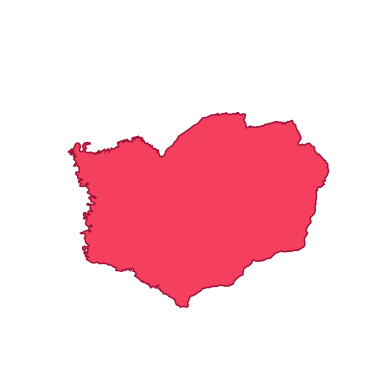 outline of Mae Sai, Chiang Rai, Thailand, rotated 219°
{"feature_id": "78962969B11376495373152", "entity_name": "Mae Sai", "entity_type": "district", "adm_level": 2, "iso_a3": "THA", "parent_name": "Thailand", "parent_adm1": "Chiang Rai", "projection": "mercator", "projection_center": [99.929, 20.361], "detail": "fine", "context": "isolated", "style": "filled", "palette": "rose", "viewbox_px": 384, "rotation_deg": 219, "n_neighbors": 0, "source": "geoboundaries", "source_scale": "gbopen_adm2", "svg_char_len": 6013}
<svg xmlns="http://www.w3.org/2000/svg" viewBox="0 0 384 384"><g transform="rotate(219 192 192)"><path d="M312.4,149.9L313.3,145.4L312.5,145.4L311.4,146.4L310.6,148.5L309.1,148.8L308.8,147.7L310.7,146.1L310.4,144.7L309.2,144.9L307.7,147.7L305.6,147.0L305.5,146.3L306.8,145.6L306.5,145.0L304.7,145.7L304.9,143.8L304.4,143.1L300.8,142.7L300.2,137.9L299.1,138.7L299.3,140.9L297.0,140.0L295.0,140.4L294.4,138.9L292.0,136.9L294.3,134.9L294.4,133.9L293.7,132.9L292.8,132.5L291.2,133.1L290.0,131.2L289.1,130.8L287.7,131.1L286.2,132.7L285.1,132.9L284.9,132.1L287.0,130.0L287.1,129.1L286.2,128.3L283.9,128.9L283.1,126.2L281.9,126.5L279.2,128.7L278.9,129.9L279.4,132.2L278.2,133.4L277.4,133.0L278.3,131.8L278.2,130.1L276.6,129.5L273.8,129.6L273.0,128.2L273.2,126.0L272.3,125.5L269.8,126.3L267.8,126.0L264.1,127.5L263.0,127.3L263.0,126.4L267.1,125.1L268.1,124.4L268.5,123.2L268.1,122.2L266.1,122.4L264.6,121.2L260.7,122.0L259.9,121.6L260.6,120.0L262.6,119.2L264.0,117.8L265.4,117.8L266.1,116.9L265.7,116.2L265.1,116.1L262.3,117.8L260.9,115.0L257.8,114.5L257.2,113.9L259.8,113.0L260.5,111.7L259.6,110.2L257.5,110.1L257.1,109.5L260.4,108.5L261.4,109.0L262.4,108.5L262.8,107.7L262.1,106.0L261.0,105.6L258.8,106.9L258.0,106.4L259.9,104.9L259.9,103.6L258.8,103.2L257.2,104.9L256.5,104.8L255.5,101.5L253.9,99.9L250.4,99.9L249.7,102.8L248.5,103.0L248.3,102.4L249.4,100.3L249.3,98.9L248.8,98.3L246.0,97.5L246.5,96.4L248.7,96.9L249.3,96.3L252.8,89.8L252.2,89.7L249.6,92.0L248.1,91.8L247.2,91.0L246.7,88.5L244.6,87.5L243.3,86.1L241.2,85.5L238.5,85.5L237.9,84.7L239.0,83.6L239.3,82.6L241.8,82.1L242.1,80.7L241.8,79.7L240.3,78.5L239.1,78.7L238.3,82.0L236.6,82.2L235.4,79.3L237.7,78.4L237.7,76.7L236.8,76.3L234.9,77.5L235.0,75.7L234.4,75.0L232.6,76.5L231.5,76.6L232.5,74.2L231.5,73.3L225.3,74.1L223.5,75.1L221.6,77.7L218.8,78.2L215.4,81.3L212.7,82.6L210.9,82.8L209.5,84.2L205.5,84.5L203.4,85.5L202.0,83.4L201.1,83.4L199.8,84.7L197.1,85.9L196.1,87.1L196.8,88.5L194.5,88.9L194.4,91.0L193.2,91.1L192.2,92.8L191.2,91.8L190.5,92.0L190.3,92.8L190.9,94.3L189.4,95.5L188.6,95.3L188.0,93.2L186.4,94.3L183.7,93.3L183.4,92.8L184.0,91.7L183.6,90.8L179.8,91.3L174.9,90.6L174.5,90.7L174.1,92.0L172.8,91.2L170.5,92.6L169.7,92.0L168.9,93.0L167.7,92.5L167.3,93.5L166.1,92.4L165.1,92.6L164.5,91.8L163.5,91.8L163.3,93.2L162.0,94.8L160.0,94.4L159.3,95.0L160.5,97.3L159.4,98.5L157.9,96.0L157.1,95.7L155.7,96.4L154.3,95.3L153.0,96.2L150.3,94.9L148.2,96.2L145.6,96.8L144.0,96.3L142.3,97.0L137.7,97.5L133.9,94.9L132.2,94.7L130.6,95.7L129.0,95.0L126.3,97.9L123.8,99.1L123.1,100.9L125.5,102.9L127.8,109.9L125.9,112.1L123.0,121.1L123.0,123.4L120.1,127.4L118.2,128.8L117.0,131.2L113.4,134.3L111.0,137.9L107.4,139.5L104.2,142.2L102.1,146.4L103.1,149.0L102.7,153.5L101.9,156.8L100.4,159.5L103.4,164.8L103.1,167.1L101.5,170.4L101.0,172.5L101.0,174.7L101.8,177.2L101.4,177.8L98.6,178.6L95.0,181.8L93.2,184.4L91.6,187.6L89.5,189.8L88.6,196.8L85.8,201.7L85.2,202.6L83.6,203.0L81.9,204.3L79.9,206.7L77.8,208.1L75.6,211.3L73.1,213.2L70.8,219.0L70.7,220.8L71.4,222.4L75.4,226.4L76.2,232.7L78.9,233.8L80.1,235.0L80.0,236.4L80.6,238.2L80.3,243.1L83.8,246.1L84.1,247.6L83.7,248.2L83.5,252.3L84.5,255.3L87.4,258.3L88.2,260.8L89.5,261.7L91.8,266.1L95.6,270.1L95.4,270.7L96.3,271.4L95.6,272.4L96.6,273.0L96.9,275.6L95.3,276.1L95.1,277.4L94.4,278.4L94.9,279.7L94.0,281.3L96.7,282.4L96.6,283.2L95.3,284.6L97.5,286.6L97.2,289.1L98.9,294.0L101.6,296.3L102.6,296.5L102.6,297.5L104.5,299.4L106.5,299.2L108.2,300.5L109.5,300.0L114.9,301.0L117.7,301.1L118.2,300.3L123.5,301.7L124.2,303.2L126.0,304.0L127.5,303.0L131.1,303.8L131.8,303.5L133.4,301.2L133.7,299.5L136.3,298.5L137.8,296.1L139.1,295.7L140.4,297.0L140.9,301.9L142.7,303.5L147.7,306.0L150.3,306.6L153.7,309.1L157.1,309.4L159.0,310.7L161.5,306.9L162.0,306.8L162.2,305.2L163.0,304.5L162.5,303.4L164.4,303.3L164.5,302.6L165.2,303.2L165.5,302.2L167.6,301.8L167.8,300.8L170.4,300.2L170.7,299.3L171.2,299.2L171.6,298.2L172.2,298.1L172.2,297.3L173.3,296.4L174.0,294.6L174.9,294.3L175.7,292.3L177.2,291.4L178.4,288.3L179.2,287.7L179.0,287.0L180.9,285.3L181.8,283.3L182.2,283.0L182.7,283.4L183.8,281.7L185.6,281.1L187.4,279.3L188.0,280.0L189.8,276.2L194.4,279.6L197.3,280.3L197.3,282.3L199.3,286.0L201.5,284.8L202.9,282.4L206.0,282.6L206.8,282.2L207.1,281.5L206.0,281.0L206.3,280.2L209.1,279.2L210.2,277.3L213.4,274.6L215.0,275.3L215.5,274.1L218.3,271.0L219.2,268.5L220.0,268.3L221.0,269.3L221.7,269.0L221.8,267.4L225.3,264.0L227.4,259.4L230.3,256.3L230.6,248.7L232.5,244.6L233.9,238.2L237.4,226.9L236.6,222.5L237.0,220.4L236.5,215.5L238.1,210.8L238.1,207.4L236.8,203.8L236.9,201.7L237.5,200.3L238.8,200.3L239.8,199.5L242.7,201.6L244.4,201.0L244.6,201.5L243.7,202.0L243.8,202.9L244.3,203.2L245.5,203.1L246.2,202.2L248.2,202.6L249.2,201.4L251.3,201.8L252.0,202.8L253.1,201.3L254.3,202.4L255.2,201.5L257.2,202.0L257.6,200.8L258.5,201.0L259.3,200.1L260.7,201.3L261.5,200.9L261.9,201.4L262.9,200.5L263.3,201.3L264.1,200.7L263.6,202.3L264.6,202.6L266.7,201.7L266.8,201.0L268.5,201.5L268.4,200.9L269.4,200.3L268.9,199.9L269.7,199.8L269.9,199.1L271.1,198.5L269.6,196.9L271.2,196.7L271.7,197.2L272.4,196.0L270.0,193.7L270.1,193.2L271.5,193.0L272.7,191.5L273.6,192.0L273.7,191.1L275.4,192.1L276.0,191.2L275.3,190.4L277.0,190.0L276.4,189.2L276.2,187.7L277.0,187.2L277.4,189.2L279.7,186.1L279.6,184.8L280.4,184.5L279.9,183.8L280.8,183.5L277.3,180.7L279.2,179.5L279.0,178.4L280.1,175.9L282.2,175.3L281.6,171.4L282.7,172.3L283.6,171.8L284.1,172.9L284.6,172.0L284.7,168.7L285.4,169.8L286.9,170.2L287.8,166.4L290.7,165.0L290.7,164.5L289.6,164.0L289.4,165.2L288.0,165.5L289.0,162.6L290.5,163.1L290.9,162.5L290.6,160.7L292.7,161.0L293.1,159.5L295.7,159.4L296.4,158.2L299.8,155.7L301.2,156.8L301.7,159.7L303.5,160.1L304.0,160.8L303.8,162.7L302.8,163.2L302.8,164.5L301.6,164.8L301.5,165.5L302.1,165.8L304.1,165.0L306.1,162.6L306.4,160.6L305.6,158.7L302.6,156.6L302.7,154.3L304.2,153.1L305.1,153.2L306.1,154.2L307.2,157.1L309.2,158.4L311.6,158.4L312.7,156.1L310.9,150.3L311.3,149.6L312.4,149.9Z" fill="#f43f5e" stroke="#9f1239" stroke-width="1.5"/></g></svg>